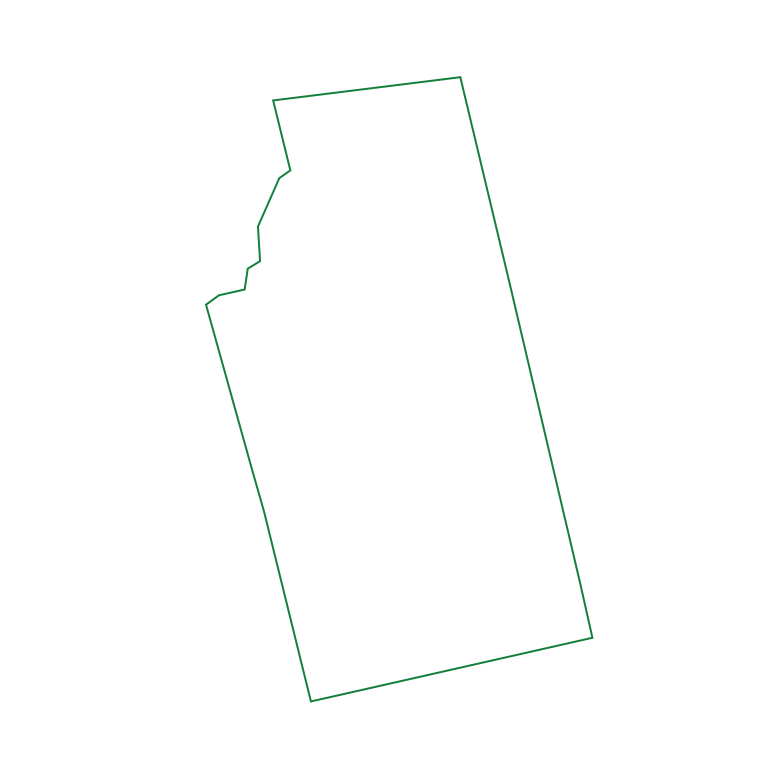 Pike, Ohio, United States of America (Mercator projection), rotated 73°
{"feature_id": "52423323B24396319361709", "entity_name": "Pike", "entity_type": "district", "adm_level": 2, "iso_a3": "USA", "parent_name": "United States of America", "parent_adm1": "Ohio", "projection": "mercator", "projection_center": [-83.162, 39.073], "detail": "fine", "context": "isolated", "style": "outline", "palette": "green", "viewbox_px": 768, "rotation_deg": 73, "n_neighbors": 0, "source": "geoboundaries", "source_scale": "gbopen_adm2", "svg_char_len": 367}
<svg xmlns="http://www.w3.org/2000/svg" viewBox="0 0 768 768"><g transform="rotate(73 384 384)"><path d="M80.4,407.1L152.3,411.1L156.5,423.9L196.6,458.5L230.2,466.6L233.9,480.6L252.9,489.6L250.9,515.9L256.1,531.0L426.7,535.2L470.9,536.0L666.2,546.7L687.6,258.9L632.5,254.7L324.0,234.4L112.9,221.3L80.4,407.1Z" fill="none" stroke="#15803d" stroke-width="2"/></g></svg>